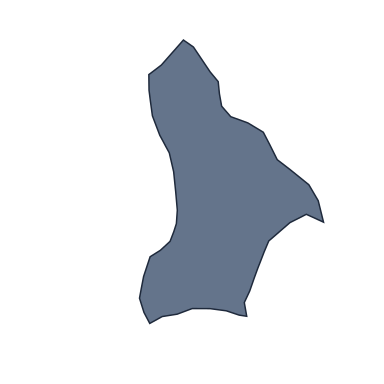 Mégri, Wadi Fira, Chad (Natural Earth projection), rotated 329°
{"feature_id": "50815135B12471481376218", "entity_name": "Mégri", "entity_type": "district", "adm_level": 2, "iso_a3": "TCD", "parent_name": "Chad", "parent_adm1": "Wadi Fira", "projection": "natural_earth1", "projection_center": [21.641, 15.331], "detail": "fine", "context": "isolated", "style": "filled", "palette": "slate", "viewbox_px": 384, "rotation_deg": 329, "n_neighbors": 0, "source": "geoboundaries", "source_scale": "gbopen_adm2", "svg_char_len": 888}
<svg xmlns="http://www.w3.org/2000/svg" viewBox="0 0 384 384"><g transform="rotate(329 192 192)"><path d="M174.9,326.7L179.9,313.7L190.6,306.5L200.9,297.9L209.3,291.1L215.3,286.5L223.0,280.5L232.6,273.5L249.8,270.5L260.1,268.7L261.6,268.8L278.5,270.0L289.2,285.6L295.7,264.5L295.9,246.0L287.8,223.8L281.7,208.2L283.0,191.8L283.9,177.5L275.5,161.6L264.0,147.4L262.6,139.4L261.6,133.7L266.1,121.9L271.3,110.9L269.4,98.3L267.9,68.5L262.9,57.3L262.3,57.5L249.8,61.5L247.5,62.2L231.1,67.4L217.6,68.9L215.5,69.1L207.6,82.6L203.1,92.8L197.3,106.3L193.6,126.8L193.3,133.8L193.0,139.4L192.7,146.7L186.7,165.2L178.0,183.7L170.0,200.1L162.3,211.1L156.0,216.6L147.8,223.0L134.8,225.7L122.8,225.9L107.0,239.5L98.3,249.2L92.3,256.0L88.8,270.5L88.1,282.9L102.3,283.4L116.4,289.1L132.1,292.0L147.3,301.2L160.2,311.5L169.0,321.8L174.9,326.7Z" fill="#64748b" stroke="#1e293b" stroke-width="1.5"/></g></svg>